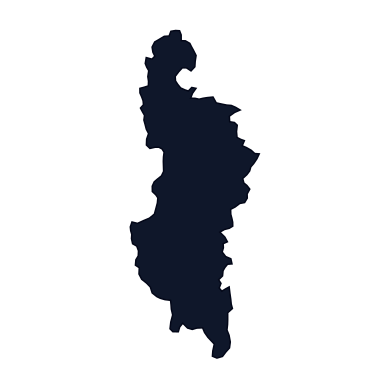 Itaú de Minas, Minas Gerais, Brazil (Robinson projection), rotated 21°
{"feature_id": "56859067B38132611717867", "entity_name": "Itaú de Minas", "entity_type": "district", "adm_level": 2, "iso_a3": "BRA", "parent_name": "Brazil", "parent_adm1": "Minas Gerais", "projection": "robinson", "projection_center": [-46.774, -20.734], "detail": "fine", "context": "isolated", "style": "filled", "palette": "ink", "viewbox_px": 384, "rotation_deg": 21, "n_neighbors": 0, "source": "geoboundaries", "source_scale": "gbopen_adm2", "svg_char_len": 2502}
<svg xmlns="http://www.w3.org/2000/svg" viewBox="0 0 384 384"><g transform="rotate(21 192 192)"><path d="M107.9,118.2L110.9,121.2L113.6,124.3L115.4,127.9L113.8,132.1L116.8,134.7L120.2,137.5L121.3,142.1L123.9,145.6L126.8,149.7L130.5,153.0L130.7,158.9L132.6,164.5L137.1,166.4L141.6,163.4L145.0,162.1L148.6,162.5L151.7,164.9L152.8,169.5L154.2,173.6L156.3,178.6L158.1,182.9L157.7,187.9L155.0,192.5L153.1,196.0L152.8,200.8L154.8,205.8L159.2,207.6L162.2,209.7L163.6,214.7L164.2,220.2L164.8,226.1L161.6,231.7L157.3,235.8L152.4,240.8L146.7,241.5L146.9,246.7L148.7,250.2L151.0,253.2L152.2,257.2L155.1,261.6L159.8,262.3L163.1,266.1L164.7,270.9L163.9,275.4L165.4,280.6L169.9,281.6L171.9,287.6L176.3,291.5L182.1,293.3L187.1,295.6L191.0,300.5L196.7,302.3L200.4,302.6L205.3,302.2L210.8,300.8L212.8,304.7L214.7,308.8L218.0,313.7L218.8,321.0L220.5,327.6L224.2,329.3L229.3,327.4L228.9,322.4L230.4,317.8L236.6,320.6L241.5,320.2L245.3,317.3L250.6,315.0L254.1,318.7L259.0,322.0L263.8,324.3L267.3,326.0L268.4,333.0L269.9,338.0L274.8,338.1L279.4,334.6L280.9,329.4L282.9,324.1L281.5,318.3L277.9,312.4L274.1,308.3L272.7,303.0L271.1,298.4L268.6,291.9L271.5,286.3L268.8,282.6L266.6,278.2L263.6,272.8L260.7,267.3L258.1,270.4L255.4,273.9L251.8,271.9L251.8,266.9L248.3,264.4L250.6,259.4L249.2,254.4L249.8,250.6L251.1,246.7L255.1,244.8L252.2,240.4L246.6,240.2L241.7,237.2L241.3,232.8L239.6,229.1L242.9,225.8L238.8,222.3L232.4,219.5L235.7,215.4L239.8,212.5L242.3,209.3L240.8,205.6L238.8,202.5L236.2,198.9L234.3,194.3L237.6,190.6L240.7,185.6L244.9,183.0L245.8,177.9L244.2,174.1L244.9,168.6L240.9,166.2L237.2,165.0L234.5,161.2L237.0,156.2L238.3,151.7L237.9,147.5L239.4,143.4L240.7,137.7L241.1,132.3L236.8,133.6L232.3,131.8L226.9,131.0L222.3,130.8L222.5,125.3L218.7,125.4L214.5,124.9L211.9,119.6L210.3,113.4L206.7,111.9L202.0,112.9L199.7,107.9L203.3,102.4L207.6,98.2L202.3,97.3L197.6,97.1L193.3,98.4L188.5,99.2L182.7,100.1L177.6,95.8L172.4,98.4L168.6,100.6L165.4,102.8L161.4,103.4L157.1,104.9L157.1,99.7L158.6,93.8L154.3,94.5L152.4,99.0L149.0,99.2L144.1,98.9L140.1,96.6L136.8,94.2L134.9,90.1L136.5,84.5L138.5,79.5L142.4,78.1L147.7,79.3L149.8,74.1L148.2,69.0L146.9,63.1L142.4,59.0L139.3,56.4L136.7,54.0L131.7,53.2L127.7,54.6L125.6,49.2L122.6,45.9L118.8,47.1L114.7,49.5L114.7,54.6L110.3,56.6L106.4,61.6L103.4,65.3L102.8,71.0L105.4,75.5L108.6,78.5L107.0,82.3L101.1,82.9L102.3,88.8L105.0,91.7L108.1,94.2L109.4,100.1L111.7,104.2L113.2,108.6L109.7,111.4L106.2,113.9L107.9,118.2Z" fill="#0f172a" stroke="#020617" stroke-width="1.5"/></g></svg>